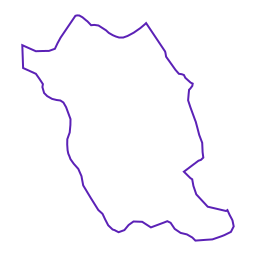 the district of Najrah, Hajjah, Yemen
{"feature_id": "15242507B62258600143859", "entity_name": "Najrah", "entity_type": "district", "adm_level": 2, "iso_a3": "YEM", "parent_name": "Yemen", "parent_adm1": "Hajjah", "projection": "albers", "projection_center": [43.546, 15.647], "detail": "fine", "context": "isolated", "style": "outline", "palette": "violet", "viewbox_px": 256, "rotation_deg": 0, "n_neighbors": 0, "source": "geoboundaries", "source_scale": "gbopen_adm2", "svg_char_len": 1551}
<svg xmlns="http://www.w3.org/2000/svg" viewBox="0 0 256 256"><path d="M146.1,23.1L145.1,24.1L140.2,28.2L133.7,32.7L127.5,36.0L123.3,37.5L119.0,37.5L115.8,36.5L112.8,35.2L108.8,32.9L106.0,30.3L102.4,28.0L98.5,25.5L94.3,24.9L91.1,25.2L87.4,21.3L86.3,20.5L82.5,17.3L79.3,15.5L77.1,15.4L75.4,15.8L60.6,37.6L60.5,37.8L57.5,43.3L54.9,48.8L49.0,50.9L42.6,51.0L36.1,51.2L35.8,51.2L22.3,45.2L23.1,68.0L35.9,73.8L39.4,78.8L42.9,84.1L42.4,87.1L44.1,93.0L47.2,96.1L52.1,98.9L56.6,100.0L60.4,100.5L63.4,102.5L66.1,107.2L70.5,119.1L70.4,125.0L69.7,132.5L67.3,139.2L67.2,144.5L67.6,150.3L68.3,153.7L69.3,156.0L70.5,159.2L73.7,163.7L78.3,168.9L81.5,176.2L81.8,178.0L83.2,185.4L90.6,197.7L95.6,205.7L98.3,210.0L102.5,213.8L102.8,214.4L105.1,219.3L108.2,225.3L112.6,229.5L114.8,230.2L115.4,230.6L116.2,231.0L118.6,232.2L124.4,230.1L128.6,225.0L133.5,221.5L142.2,221.8L150.9,227.4L164.3,222.4L167.3,221.2L170.6,222.8L174.7,228.9L180.6,232.9L186.9,234.4L192.3,237.5L195.4,240.6L206.2,239.8L212.4,239.4L218.5,237.3L221.9,236.1L224.4,235.1L230.9,231.9L233.7,226.4L232.5,220.5L232.0,219.4L229.7,215.1L227.4,210.1L226.1,211.0L207.7,206.7L196.3,194.4L193.4,185.9L192.2,179.3L190.4,178.1L183.9,171.7L191.3,166.1L198.5,160.7L200.9,159.9L203.3,157.6L202.6,152.2L202.5,149.6L202.2,142.8L199.2,134.9L197.5,128.3L195.7,121.6L195.2,120.4L190.3,107.0L188.1,100.3L188.7,93.4L189.1,89.7L190.2,88.7L192.3,85.9L192.7,83.6L190.6,82.6L185.3,77.8L183.9,75.0L181.7,74.2L178.9,73.8L175.5,69.9L166.1,56.7L165.5,53.1L165.1,51.5L146.1,23.1Z" fill="none" stroke="#5b21b6" stroke-width="2"/></svg>